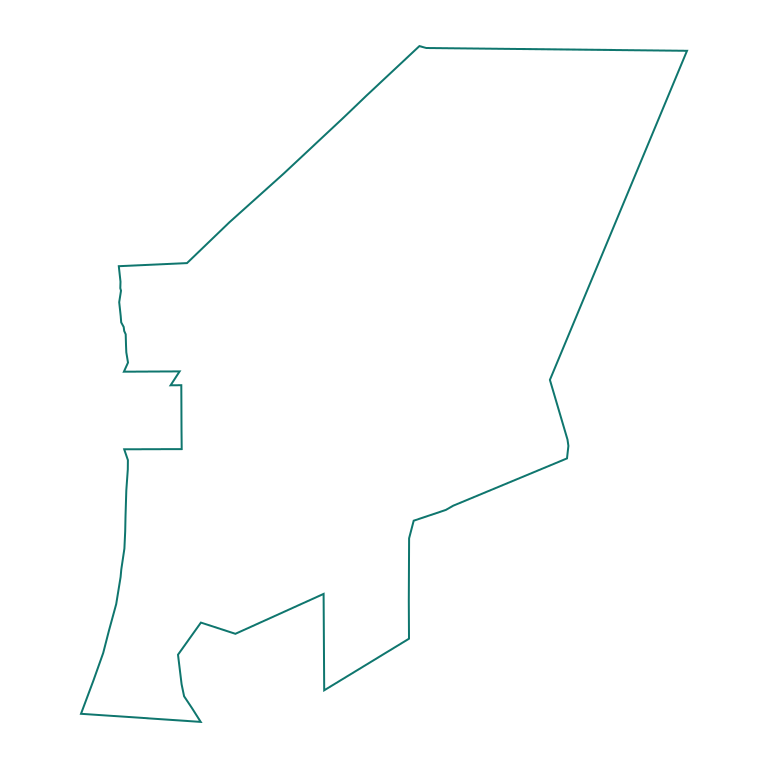 Ouad Naga, Trarza, Mauritania
{"feature_id": "47542326B19423449459947", "entity_name": "Ouad Naga", "entity_type": "district", "adm_level": 2, "iso_a3": "MRT", "parent_name": "Mauritania", "parent_adm1": "Trarza", "projection": "albers", "projection_center": [-15.755, 18.145], "detail": "fine", "context": "isolated", "style": "outline", "palette": "teal", "viewbox_px": 768, "rotation_deg": 0, "n_neighbors": 0, "source": "geoboundaries", "source_scale": "gbopen_adm2", "svg_char_len": 924}
<svg xmlns="http://www.w3.org/2000/svg" viewBox="0 0 768 768"><path d="M419.4,46.1L366.6,95.5L344.6,116.6L284.0,173.3L268.3,187.4L229.5,222.2L187.0,263.1L118.8,266.2L120.5,281.7L120.3,288.2L121.0,290.7L119.2,302.2L120.7,316.0L121.2,322.4L123.7,327.0L124.2,331.0L125.7,334.3L126.0,344.8L126.3,352.3L128.0,362.6L123.9,371.7L141.7,371.6L159.9,371.5L179.1,371.4L179.6,371.4L170.6,385.3L181.3,385.2L181.4,404.5L181.5,428.4L181.7,449.1L150.5,449.2L124.2,449.3L127.9,460.1L127.8,469.5L126.3,490.6L125.5,516.8L125.2,531.2L124.4,548.6L121.3,569.4L120.6,577.0L116.2,604.1L108.9,630.8L103.2,653.0L93.4,680.6L81.0,713.8L200.7,721.9L192.1,708.3L184.1,696.3L181.6,684.3L178.0,654.7L200.9,622.6L235.4,633.8L323.6,593.9L324.2,690.3L409.0,638.7L408.8,600.8L409.1,538.3L413.7,520.7L445.9,509.9L453.2,505.7L567.0,458.4L568.4,445.9L567.5,439.6L549.9,379.9L687.0,50.8L426.2,48.0L419.4,46.1Z" fill="none" stroke="#0f766e" stroke-width="2"/></svg>